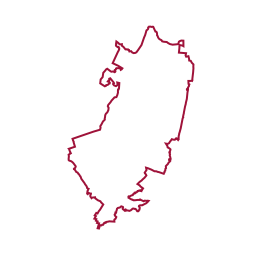 outline of Scorteni, Bacau, Romania, rotated 11°
{"feature_id": "2599482B56524358146983", "entity_name": "Scorteni", "entity_type": "district", "adm_level": 2, "iso_a3": "ROU", "parent_name": "Romania", "parent_adm1": "Bacau", "projection": "robinson", "projection_center": [26.678, 46.577], "detail": "fine", "context": "isolated", "style": "outline", "palette": "rose", "viewbox_px": 256, "rotation_deg": 11, "n_neighbors": 0, "source": "geoboundaries", "source_scale": "gbopen_adm2", "svg_char_len": 5864}
<svg xmlns="http://www.w3.org/2000/svg" viewBox="0 0 256 256"><g transform="rotate(11 128 128)"><path d="M162.1,195.6L161.6,195.6L161.6,195.8L161.1,195.9L159.3,196.0L158.1,196.2L157.4,196.9L154.5,196.2L153.7,196.2L153.6,195.9L153.2,196.0L153.1,196.4L151.0,196.8L149.3,197.4L147.3,197.9L146.5,197.6L146.0,197.7L145.6,197.4L144.8,197.4L141.1,196.1L141.7,196.0L141.6,195.6L141.8,195.5L141.6,195.3L141.6,195.1L141.8,194.9L142.5,195.0L144.3,193.5L145.3,193.1L145.3,192.9L145.6,192.6L145.6,192.3L145.8,192.2L146.1,191.3L146.7,191.2L146.8,191.0L147.4,190.7L147.2,190.4L147.1,190.1L147.3,190.0L147.5,190.2L147.7,189.8L148.9,189.3L149.1,188.7L149.6,188.4L149.6,188.0L150.1,187.9L150.4,187.5L150.9,187.4L151.1,187.2L151.7,187.1L151.8,187.4L152.0,187.4L152.0,187.1L152.5,187.2L152.3,186.8L152.4,186.7L152.8,187.0L153.4,186.9L153.5,186.8L153.5,186.3L153.8,185.6L153.7,185.3L154.0,185.1L154.3,184.4L151.2,182.9L150.6,182.2L148.0,181.2L149.7,178.7L151.5,176.8L152.0,175.9L153.7,173.7L155.1,171.1L154.4,170.1L153.3,169.3L152.9,168.7L154.2,165.7L153.3,163.5L155.3,163.7L158.9,164.4L162.2,165.4L164.2,165.1L165.3,165.4L166.8,165.4L171.8,166.1L171.9,165.4L172.3,164.6L172.1,164.0L172.2,163.5L172.7,162.8L172.5,160.9L173.0,160.2L172.4,158.3L172.6,157.9L174.2,155.4L174.4,154.3L175.4,153.0L175.8,152.2L175.5,151.9L174.5,151.7L174.3,150.9L175.0,150.4L175.7,150.5L175.8,150.3L174.7,147.8L174.2,147.1L174.3,145.9L173.9,145.5L173.9,144.4L173.3,144.2L173.3,143.4L173.7,142.7L173.8,141.2L173.7,140.8L172.3,140.0L170.7,139.5L170.4,139.1L170.3,138.4L168.2,136.1L169.8,136.1L171.0,135.3L171.2,135.0L171.9,133.2L172.3,132.5L173.2,130.6L174.4,130.8L176.2,130.6L176.6,130.1L177.0,129.1L177.5,128.9L177.8,129.4L178.1,129.5L178.4,129.3L179.5,130.2L179.9,129.3L179.7,129.0L179.3,126.2L179.4,124.4L179.3,123.8L179.5,122.3L179.8,118.2L179.8,108.0L180.2,107.1L179.9,106.5L179.9,104.2L180.0,103.1L179.9,102.2L179.9,96.1L180.1,93.3L180.0,92.2L180.2,88.3L179.6,81.8L179.6,78.7L179.5,78.4L178.6,79.1L178.4,78.7L178.5,78.4L179.3,77.3L179.2,76.7L179.8,75.4L179.7,74.5L179.9,73.5L179.0,73.2L178.3,70.3L180.4,69.9L181.1,69.5L181.3,69.5L181.9,69.6L182.1,68.8L181.8,67.5L181.3,60.9L180.8,56.6L180.5,55.8L180.1,53.1L178.1,51.7L176.8,50.1L175.2,50.1L174.7,48.3L173.6,46.0L171.5,46.9L170.7,45.8L170.7,43.5L163.6,44.3L163.2,39.8L162.7,36.7L165.6,36.7L166.8,37.1L165.7,31.7L163.6,32.0L162.0,33.0L161.5,33.7L161.4,34.7L161.5,35.8L161.3,36.0L160.0,36.5L155.9,37.7L153.1,37.6L151.0,36.9L149.7,36.2L146.6,36.5L145.0,36.4L144.1,35.4L142.0,34.8L141.1,34.2L140.3,33.4L139.6,32.1L138.9,31.6L138.7,30.6L138.3,29.2L137.5,28.1L136.5,28.1L133.5,23.9L133.1,23.8L131.8,24.3L130.7,24.2L129.3,24.5L129.0,25.2L128.6,25.5L128.9,26.6L128.6,27.4L127.5,28.7L127.1,33.5L126.5,36.2L125.4,44.0L123.1,49.4L121.8,52.1L120.8,52.9L119.3,53.4L117.8,53.1L116.4,52.0L114.8,52.6L114.2,51.4L113.8,51.6L112.9,50.8L112.2,51.2L111.5,51.0L110.5,51.3L108.0,49.2L106.3,48.4L106.0,46.9L104.9,47.3L103.7,47.4L102.2,46.3L100.1,45.3L100.2,47.5L100.5,47.8L100.3,48.9L100.6,49.6L102.4,50.6L103.2,50.2L104.2,51.4L104.1,52.1L104.3,52.4L104.1,53.6L103.5,55.4L100.6,67.3L106.5,68.8L111.1,70.5L110.6,71.6L109.8,72.3L109.2,71.2L108.7,70.7L108.0,71.0L107.5,70.9L107.2,71.1L105.3,71.5L104.9,71.9L104.9,72.8L104.8,73.1L104.0,73.6L104.1,74.3L104.8,75.0L104.5,75.6L104.2,75.8L103.9,75.8L103.5,75.3L103.3,75.2L102.4,75.4L101.0,75.9L100.4,75.8L96.3,73.8L95.3,74.7L94.7,76.0L93.2,78.5L93.4,82.9L91.9,85.5L92.2,89.5L97.3,91.5L98.4,90.7L98.5,90.0L99.3,89.8L100.1,89.3L100.8,88.2L101.5,87.8L101.5,87.0L100.7,86.4L99.3,86.2L99.8,85.1L100.5,84.8L100.5,84.1L100.2,83.2L101.1,82.6L105.3,86.1L105.7,86.7L105.0,87.3L105.1,87.9L106.2,88.8L108.2,89.2L109.2,88.2L109.5,87.4L108.8,85.4L110.9,85.5L111.6,90.9L111.4,92.0L110.9,92.1L111.0,93.4L111.4,95.2L111.2,97.8L110.7,99.9L108.9,100.5L106.6,104.3L105.9,106.1L104.2,109.1L104.0,110.4L104.2,110.8L105.1,111.8L105.3,114.2L104.7,116.6L103.6,118.2L103.4,118.9L103.2,119.8L103.4,122.0L103.3,123.1L103.6,124.0L103.5,124.5L102.2,126.3L101.1,130.0L100.6,131.0L100.5,131.7L101.0,132.9L100.9,135.0L94.9,138.1L75.6,149.2L76.6,151.0L77.3,151.8L77.4,152.5L79.5,156.5L73.9,159.7L74.5,160.2L74.9,161.3L75.8,162.4L75.9,163.1L76.2,163.1L76.7,163.7L74.8,165.5L75.1,166.2L75.4,167.3L75.6,169.6L75.9,170.8L76.5,171.2L78.7,171.5L80.1,172.2L81.2,173.0L84.0,175.6L84.0,176.1L83.8,177.1L83.6,177.5L83.0,177.9L82.7,178.4L82.8,178.7L83.6,178.9L85.7,181.1L86.9,181.3L87.4,181.7L87.8,182.3L88.9,182.9L89.9,184.2L90.6,184.6L91.9,186.8L95.8,190.4L96.6,191.4L98.2,192.8L98.9,193.7L99.2,194.6L99.8,195.0L100.9,195.2L100.3,197.5L100.4,200.2L101.1,200.6L101.8,199.2L103.3,199.6L104.1,199.4L104.2,199.6L103.9,201.8L104.2,202.5L105.6,203.8L106.0,203.2L108.9,202.3L109.3,203.3L112.3,204.7L114.9,205.2L115.7,206.1L118.3,207.8L116.1,213.6L115.2,215.2L114.4,217.7L113.1,217.4L112.0,220.2L113.3,220.6L112.3,223.4L114.3,223.5L114.1,225.1L116.0,225.5L115.7,227.1L117.8,227.1L117.3,232.2L118.7,232.2L119.0,228.7L120.6,228.7L121.2,227.8L122.1,227.7L122.3,227.3L122.5,226.1L123.1,225.4L123.5,225.2L123.8,225.5L124.3,225.3L124.5,224.4L126.4,223.7L127.4,223.2L132.5,222.5L132.1,220.8L132.2,220.4L133.1,219.4L133.5,217.6L132.1,216.7L131.4,215.7L131.6,215.0L131.9,214.7L131.8,213.5L132.4,213.5L132.5,213.1L132.4,212.0L132.6,210.8L132.6,209.4L133.3,208.4L135.2,207.6L136.3,206.2L138.0,206.4L138.3,206.8L138.1,208.1L138.2,208.4L138.7,208.8L139.6,209.1L140.2,209.6L140.6,209.7L140.8,209.9L141.1,209.8L140.9,209.5L141.1,209.2L140.9,208.7L141.0,208.4L141.3,208.4L142.0,209.1L143.7,209.0L145.2,209.1L146.6,208.1L147.9,206.3L148.9,206.0L149.8,206.2L150.2,206.0L150.8,206.0L151.6,206.5L152.7,207.7L153.1,207.7L153.2,207.9L153.9,207.8L154.2,207.5L154.3,206.7L154.8,206.1L154.8,204.1L154.5,203.8L154.1,203.1L153.7,202.9L153.7,202.3L154.2,201.8L155.3,201.4L156.6,201.2L157.1,200.7L157.6,200.5L158.1,200.0L160.2,198.4L161.4,196.8L162.1,195.6Z" fill="none" stroke="#9f1239" stroke-width="2"/></g></svg>